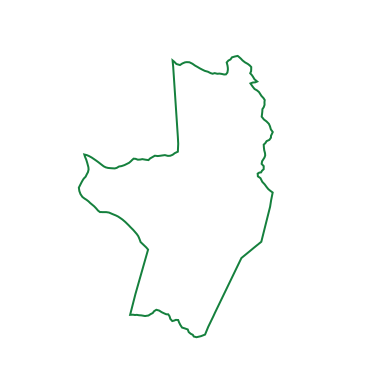 Ibicoara, Bahia, Brazil (Natural Earth projection), rotated 312°
{"feature_id": "56859067B74041818755957", "entity_name": "Ibicoara", "entity_type": "district", "adm_level": 2, "iso_a3": "BRA", "parent_name": "Brazil", "parent_adm1": "Bahia", "projection": "natural_earth1", "projection_center": [-41.312, -13.375], "detail": "fine", "context": "isolated", "style": "outline", "palette": "green", "viewbox_px": 384, "rotation_deg": 312, "n_neighbors": 0, "source": "geoboundaries", "source_scale": "gbopen_adm2", "svg_char_len": 2945}
<svg xmlns="http://www.w3.org/2000/svg" viewBox="0 0 384 384"><g transform="rotate(312 192 192)"><path d="M233.3,259.9L239.0,256.2L245.6,252.3L245.3,249.5L245.2,246.8L245.6,244.2L246.3,240.9L246.6,237.4L248.1,233.6L247.7,230.5L249.6,228.5L251.4,229.0L252.8,230.2L254.7,229.8L256.9,230.0L259.2,228.0L259.5,224.9L261.8,223.5L264.3,223.1L266.1,222.8L268.2,221.9L269.7,220.3L271.4,217.7L273.4,215.4L275.2,213.6L277.4,213.8L279.7,213.4L282.5,214.6L285.2,214.3L286.6,213.1L288.7,212.5L290.6,211.9L291.3,208.7L293.0,206.0L294.1,203.5L294.3,200.1L294.0,196.9L294.6,193.4L296.5,192.1L298.6,190.6L300.7,188.9L302.9,188.6L305.3,187.6L307.3,185.7L309.0,184.5L309.6,182.4L309.9,179.2L311.1,174.9L311.0,172.2L310.4,169.6L310.9,166.6L311.8,162.8L314.0,163.9L315.8,165.6L317.7,166.5L317.6,163.0L318.4,160.4L318.9,158.5L319.2,155.8L321.3,155.1L322.8,153.9L324.5,152.4L324.7,150.2L324.5,147.7L323.8,144.6L323.6,141.5L323.8,139.2L323.8,137.0L323.7,134.9L321.4,133.2L318.8,131.6L316.2,131.9L314.1,131.1L311.5,131.1L309.7,133.8L308.2,135.6L306.8,136.9L304.4,138.4L302.1,138.5L300.8,137.2L299.7,135.2L298.4,133.2L296.8,131.7L295.5,129.3L293.7,128.2L292.8,126.3L292.0,123.3L290.6,120.5L289.8,117.7L289.1,115.0L288.6,112.4L288.0,109.8L287.6,106.5L286.7,103.3L285.0,101.2L283.6,100.0L281.0,98.8L278.3,98.1L276.7,94.8L276.9,91.7L276.8,89.5L272.4,94.3L223.3,144.8L218.6,149.5L212.5,154.5L209.4,153.2L206.7,152.7L204.4,151.6L202.7,149.9L201.3,147.2L199.2,145.4L197.5,144.0L195.8,142.5L194.1,140.1L191.9,139.4L188.9,138.4L186.6,138.3L185.0,136.0L183.2,133.1L181.2,131.6L179.7,130.0L178.9,127.9L177.7,126.3L175.9,126.1L173.9,126.0L171.6,125.7L169.3,124.8L166.8,123.8L164.1,122.3L162.1,120.7L159.5,119.9L157.8,118.8L155.5,115.9L153.7,113.5L152.6,111.4L152.0,109.2L151.7,105.5L151.5,102.5L151.2,99.6L150.8,96.6L150.5,94.4L149.8,91.4L149.0,89.1L147.8,86.9L146.6,88.9L145.3,91.7L143.7,94.4L142.4,96.4L141.1,98.4L139.5,100.1L137.1,101.4L134.6,102.0L132.2,102.7L129.5,102.6L127.6,102.9L125.4,103.4L122.8,104.1L119.5,105.0L117.3,107.7L115.8,110.6L115.0,113.8L115.2,116.4L115.6,118.8L115.8,121.4L115.7,123.8L115.8,126.1L115.9,128.9L115.7,131.6L115.3,134.6L115.5,137.0L117.3,139.1L119.7,141.8L121.2,144.1L122.4,147.7L123.6,151.0L124.3,153.5L124.7,156.3L125.0,158.7L125.1,162.4L125.0,165.0L124.9,167.4L124.7,169.7L124.5,173.6L124.2,176.1L123.8,179.2L123.2,181.7L121.9,184.5L120.4,187.3L120.3,191.5L120.2,195.1L119.8,197.9L78.4,218.2L59.3,228.2L61.3,230.2L62.4,231.9L63.8,233.2L64.9,235.0L66.4,236.9L68.4,240.1L71.1,242.3L73.7,243.0L75.7,243.8L78.1,243.6L80.6,244.3L81.9,246.9L82.4,249.9L83.2,252.6L83.9,254.7L85.2,256.2L84.6,258.5L83.2,260.8L82.9,263.7L84.4,264.7L86.2,265.6L87.6,267.4L86.5,269.5L85.4,272.3L84.6,275.3L85.8,277.9L87.0,280.8L85.7,283.3L85.8,286.0L86.4,288.1L85.8,290.0L87.1,292.5L90.8,295.1L94.8,297.1L102.6,294.3L114.0,291.0L117.5,289.9L176.0,272.9L181.2,273.7L186.4,274.5L191.9,275.3L201.4,276.8L233.3,259.9Z" fill="none" stroke="#15803d" stroke-width="2"/></g></svg>